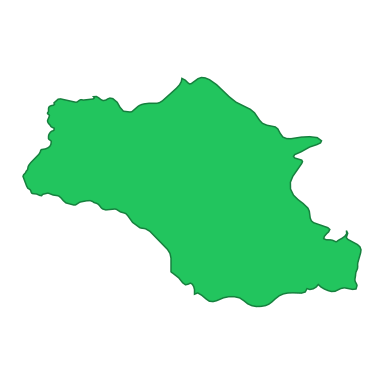 the Administrative State of Gambela Peoples
{"feature_id": "ETH-3130", "entity_name": "Gambela Peoples", "entity_type": "Administrative State", "adm_level": 1, "iso_a3": "ETH", "parent_name": "Ethiopia", "parent_adm1": "", "projection": "orthographic", "projection_center": [34.092, 7.81], "detail": "fine", "context": "isolated", "style": "filled", "palette": "green", "viewbox_px": 384, "rotation_deg": 0, "n_neighbors": 0, "source": "natural_earth", "source_scale": "10m", "svg_char_len": 3317}
<svg xmlns="http://www.w3.org/2000/svg" viewBox="0 0 384 384"><path d="M129.9,112.0L131.4,111.8L132.0,111.6L137.9,106.5L139.4,105.5L141.7,104.5L144.1,103.9L148.9,103.3L157.0,103.3L159.6,102.6L162.5,100.8L176.5,88.2L179.5,84.9L181.3,81.6L181.9,78.4L185.3,80.2L187.9,82.8L189.6,84.0L191.3,83.6L198.0,78.7L201.4,77.5L205.1,77.9L209.5,79.7L216.6,84.7L229.1,96.7L236.0,102.2L250.3,109.3L254.5,112.8L259.6,120.3L262.4,123.3L266.8,125.2L275.2,126.9L277.8,128.9L280.2,133.4L282.9,137.1L286.7,138.6L291.1,138.7L301.4,137.1L309.6,136.7L317.2,137.6L321.5,140.8L320.5,142.9L316.9,144.6L309.7,147.0L301.1,151.8L294.7,154.6L293.5,156.4L294.7,158.0L301.7,160.1L302.5,161.6L301.7,163.5L292.8,176.3L290.4,182.2L290.5,189.0L293.5,195.2L298.0,199.6L303.1,203.5L307.9,208.1L309.3,211.2L310.2,218.0L311.4,220.9L313.6,222.7L327.9,227.7L329.8,229.5L328.6,231.9L326.7,233.6L324.4,236.3L323.7,238.7L326.3,239.8L330.6,239.9L332.6,240.3L336.0,241.8L336.9,241.5L337.8,240.7L339.2,239.8L342.0,238.3L344.9,236.2L346.7,233.7L346.4,230.6L347.7,233.3L346.3,237.5L347.7,239.3L357.5,244.6L359.9,246.8L361.0,249.8L360.6,252.8L357.8,262.7L357.6,264.6L357.7,266.6L357.5,268.5L355.9,272.3L355.6,274.3L355.5,275.8L355.0,278.7L354.9,280.2L355.3,281.7L356.7,284.4L357.0,285.6L356.0,289.0L352.6,289.4L344.4,287.8L340.9,288.5L335.0,291.3L331.4,291.5L328.1,290.6L324.3,289.0L320.8,286.9L318.3,284.5L316.2,287.0L313.2,288.8L309.8,289.5L307.0,288.6L305.2,292.0L301.5,293.1L292.9,292.8L287.8,293.0L283.4,293.9L279.3,295.7L275.3,298.8L271.8,302.0L268.8,304.2L265.5,305.6L260.9,306.4L256.3,306.5L251.9,305.7L247.7,303.8L244.0,300.8L239.7,297.9L234.4,296.7L228.7,296.7L223.5,297.8L216.6,300.7L213.0,301.6L209.3,301.2L206.0,298.9L201.8,295.3L197.7,292.9L194.5,294.2L194.5,289.7L193.8,286.8L192.4,284.3L190.5,283.1L188.1,284.2L185.5,284.8L182.7,282.8L178.8,277.9L172.3,272.8L171.4,272.3L171.0,271.6L171.0,258.2L170.0,253.4L167.5,249.4L149.9,231.3L145.6,228.8L144.2,228.5L141.2,228.1L139.8,227.7L132.6,222.4L128.1,216.1L126.2,213.9L124.9,213.2L120.4,211.9L116.5,209.4L115.0,209.0L105.8,209.9L102.7,209.0L101.3,207.9L99.3,205.3L97.9,204.0L96.5,203.3L93.9,202.5L92.6,201.5L90.2,200.6L86.5,200.8L80.3,202.0L79.1,202.6L75.6,204.9L73.8,205.0L65.9,202.9L63.3,200.6L61.1,198.0L58.9,196.1L57.7,195.7L53.1,195.0L49.0,193.4L47.8,193.1L43.2,194.2L42.5,194.5L41.6,195.7L39.7,195.4L36.6,194.0L32.7,193.6L31.7,193.1L31.2,192.2L30.8,190.9L30.2,189.7L27.8,188.2L26.6,186.0L23.0,176.4L23.6,174.8L25.5,172.8L25.6,172.6L26.2,171.2L26.9,170.5L27.6,169.5L28.2,166.5L28.9,165.1L30.8,162.6L38.8,154.4L39.7,153.0L40.4,151.6L40.7,150.4L41.3,149.6L45.5,148.9L48.0,147.8L49.8,146.4L50.9,144.4L51.3,141.5L50.8,140.7L48.9,139.3L48.5,138.6L48.5,136.6L48.7,135.1L49.3,133.8L50.4,132.2L51.7,131.2L53.0,130.8L54.0,130.1L54.2,128.2L52.3,127.4L51.0,126.6L50.0,125.0L49.0,124.0L48.0,122.6L47.5,120.9L47.8,119.8L49.0,117.1L49.4,115.4L49.1,114.9L47.8,113.9L47.5,113.5L47.6,112.7L48.4,111.7L48.5,111.1L48.5,108.7L48.7,107.6L49.4,106.5L51.3,105.6L53.5,105.2L54.5,104.2L54.1,103.4L54.0,102.8L58.1,99.2L60.6,98.9L76.0,102.3L77.3,101.9L79.3,100.4L80.4,99.8L81.5,99.7L83.3,100.1L92.9,99.0L94.2,98.2L94.3,97.7L93.5,96.7L96.4,96.5L98.8,97.9L100.9,99.6L103.1,100.6L105.8,100.1L107.8,98.9L109.9,98.1L112.8,98.6L117.2,102.3L120.0,107.3L123.4,111.2L129.9,112.0Z" fill="#22c55e" stroke="#15803d" stroke-width="1.5"/></svg>